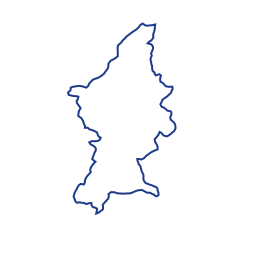 Borda da Mata, Minas Gerais, Brazil, rotated 230°
{"feature_id": "56859067B81433489923688", "entity_name": "Borda da Mata", "entity_type": "district", "adm_level": 2, "iso_a3": "BRA", "parent_name": "Brazil", "parent_adm1": "Minas Gerais", "projection": "equal_earth", "projection_center": [-46.16, -22.254], "detail": "fine", "context": "isolated", "style": "outline", "palette": "blue", "viewbox_px": 256, "rotation_deg": 230, "n_neighbors": 0, "source": "geoboundaries", "source_scale": "gbopen_adm2", "svg_char_len": 3095}
<svg xmlns="http://www.w3.org/2000/svg" viewBox="0 0 256 256"><g transform="rotate(230 128 128)"><path d="M110.3,42.2L107.8,41.4L105.6,40.6L103.6,40.8L102.4,42.9L100.5,44.5L98.9,46.1L96.5,47.2L95.4,49.9L94.1,51.7L92.1,50.4L89.8,50.3L88.2,51.6L86.1,52.4L84.5,50.8L82.9,48.7L82.0,51.4L82.0,54.1L81.7,56.3L83.2,57.9L85.2,59.1L86.0,62.2L86.2,64.6L86.6,67.4L88.1,69.5L89.9,70.6L89.9,73.6L87.4,76.4L85.2,77.6L83.5,79.2L81.5,81.4L79.9,83.2L78.7,85.0L77.4,86.5L76.2,88.4L75.3,91.3L74.6,93.8L73.2,96.6L71.4,98.9L69.9,99.6L66.4,100.9L64.0,103.5L61.9,104.1L60.4,105.0L58.8,105.2L57.2,106.0L57.0,108.3L59.0,109.8L61.1,110.5L62.8,111.6L64.7,111.6L66.1,110.6L68.7,109.5L70.6,108.2L72.2,107.4L74.5,106.1L77.4,106.3L79.6,107.3L80.8,108.7L82.8,110.0L85.6,110.5L87.7,111.4L89.4,112.3L91.3,113.0L93.4,112.9L94.9,113.7L96.8,114.2L98.3,115.2L96.9,116.7L95.2,118.1L94.6,120.9L95.0,123.9L94.8,126.5L94.6,129.5L93.9,132.9L92.6,136.9L94.4,138.5L96.8,139.4L99.9,139.8L102.2,141.1L102.6,144.0L103.3,147.1L104.6,149.7L102.3,150.5L99.7,150.4L97.8,151.4L96.4,152.7L96.0,155.7L96.1,158.5L96.0,161.4L97.1,164.1L99.6,166.0L101.9,166.7L104.5,166.5L107.0,166.1L108.6,166.8L109.7,168.4L110.9,170.5L113.2,171.5L115.9,169.4L118.3,169.1L120.4,168.7L122.3,167.5L123.8,167.6L125.4,168.1L126.4,170.7L127.5,172.4L127.3,175.2L127.0,178.2L127.2,180.4L127.2,183.1L128.1,184.8L129.3,187.3L131.1,188.5L132.3,187.1L133.7,185.3L136.0,183.7L138.2,183.7L140.1,183.6L142.7,182.6L145.3,184.4L147.0,187.0L149.1,186.6L150.3,183.2L151.9,183.2L153.6,184.0L155.8,183.5L158.0,184.7L160.2,186.4L162.1,187.0L163.7,188.2L165.9,189.1L167.1,190.6L168.1,192.7L170.3,193.6L171.5,196.1L172.8,198.3L174.4,199.4L176.9,199.7L178.7,198.5L180.2,197.5L180.5,199.7L180.1,202.3L180.9,205.5L183.2,207.1L184.4,208.9L185.4,210.5L186.6,212.1L188.0,213.3L189.8,215.4L191.2,212.7L192.8,210.3L193.8,208.7L195.2,207.4L196.8,206.9L198.7,206.2L198.9,203.4L198.3,201.0L198.1,198.0L198.3,195.9L198.7,192.8L198.9,188.2L199.0,185.6L198.6,183.1L198.5,180.3L197.8,177.4L197.7,173.5L195.8,171.3L193.8,169.8L191.8,168.2L189.5,166.2L189.6,163.1L190.1,160.4L190.7,158.1L190.0,154.6L188.2,152.9L186.6,150.7L185.8,147.2L185.0,144.5L185.1,141.0L185.4,138.8L186.0,136.4L187.1,133.8L187.6,131.6L187.2,129.0L186.9,126.6L185.8,124.7L185.7,122.0L187.6,120.9L190.0,119.2L192.0,117.3L193.6,114.5L195.0,112.3L195.7,110.1L193.8,108.1L193.7,104.9L191.6,103.9L189.3,105.4L187.5,106.8L185.7,108.8L183.9,110.1L182.4,108.2L181.7,106.0L179.8,104.9L176.2,104.7L173.6,104.4L172.7,101.6L171.0,99.4L169.4,97.7L167.7,98.0L165.7,98.6L163.6,98.4L161.1,97.6L159.1,96.8L157.3,96.4L155.9,95.1L154.2,97.3L151.7,97.6L149.8,99.0L148.1,99.9L146.2,100.7L144.4,101.5L142.5,100.5L140.0,100.0L138.2,100.9L137.1,99.0L137.5,96.6L138.9,94.4L141.2,91.9L141.9,89.1L139.5,88.9L136.7,90.0L133.8,90.5L131.7,89.2L130.8,86.9L129.7,85.0L128.6,83.0L127.2,80.6L125.4,80.8L123.1,81.4L122.8,78.9L122.3,76.3L121.3,73.5L119.8,71.8L118.1,71.1L117.7,68.4L117.4,65.9L116.6,63.4L115.6,61.3L114.0,59.9L113.1,58.0L115.5,55.9L115.8,53.7L115.1,51.4L114.0,49.1L113.3,47.0L112.2,44.7L110.3,42.2Z" fill="none" stroke="#1e3a8a" stroke-width="2"/></g></svg>